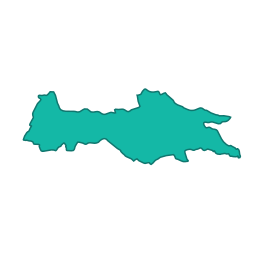 SVG path tracing the border of Sucumbios, rotated 349°
{"feature_id": "ECU-1411", "entity_name": "Sucumbios", "entity_type": "Province", "adm_level": 1, "iso_a3": "ECU", "parent_name": "Ecuador", "parent_adm1": "", "projection": "orthographic", "projection_center": [-76.613, 0.009], "detail": "fine", "context": "isolated", "style": "filled", "palette": "teal", "viewbox_px": 256, "rotation_deg": 349, "n_neighbors": 0, "source": "natural_earth", "source_scale": "10m", "svg_char_len": 5062}
<svg xmlns="http://www.w3.org/2000/svg" viewBox="0 0 256 256"><g transform="rotate(349 128 128)"><path d="M58.7,77.6L61.9,78.4L63.0,82.1L63.5,90.2L64.2,92.8L64.5,95.1L65.3,97.1L67.4,98.7L70.1,99.7L78.3,101.4L79.8,101.9L80.9,102.5L82.1,102.8L83.8,102.8L87.7,101.3L89.0,101.0L90.1,101.3L91.7,101.7L94.7,105.1L96.9,105.8L100.0,105.9L101.0,106.0L102.3,106.5L103.1,107.0L104.8,108.8L106.1,109.7L107.2,110.1L108.4,110.2L113.7,109.4L114.7,109.5L117.5,110.7L118.6,110.7L118.4,107.6L119.4,107.2L122.1,108.0L125.8,108.4L126.9,108.7L128.2,109.6L130.2,111.5L131.7,112.0L132.8,111.8L134.8,110.8L142.5,109.9L143.9,109.0L143.1,103.9L143.3,98.1L143.2,97.6L143.9,97.7L145.6,97.6L146.4,97.5L147.2,97.2L149.1,94.9L149.5,94.5L149.9,94.3L151.3,93.2L152.2,93.0L152.9,93.3L155.1,95.6L156.6,96.6L158.1,97.2L159.8,97.6L161.7,97.7L163.4,97.7L164.2,97.7L164.9,98.0L165.3,98.8L165.8,100.9L166.2,101.5L167.6,101.4L169.5,100.8L171.3,100.6L172.0,101.7L172.4,102.7L177.5,109.2L177.9,110.2L178.3,111.7L179.1,112.9L181.0,114.7L185.7,117.6L186.4,118.7L189.5,120.9L191.7,122.2L192.9,122.7L194.4,123.0L196.2,123.2L197.9,123.0L201.3,122.3L202.7,122.1L204.3,122.6L205.5,123.7L206.5,124.8L207.3,125.3L208.6,125.7L212.3,129.0L216.8,131.8L218.6,132.4L220.1,133.5L224.5,134.3L229.4,136.1L230.8,137.0L229.9,138.1L228.1,139.4L227.1,139.9L226.1,140.2L224.9,140.3L222.2,139.9L221.6,140.0L219.5,141.3L217.5,141.1L212.1,138.2L211.0,138.0L209.9,137.9L208.6,138.1L207.4,137.9L205.9,137.3L204.6,136.9L203.4,137.3L203.0,138.6L203.4,140.4L204.1,141.9L204.8,142.7L205.5,142.8L207.2,142.7L208.0,142.8L208.9,143.4L210.5,144.9L211.5,145.4L213.1,145.9L214.4,146.7L215.2,147.8L217.7,156.6L219.1,159.8L221.4,162.9L222.8,164.2L223.7,164.8L224.5,164.9L225.4,164.8L225.9,165.1L226.2,165.5L229.2,167.9L229.5,168.2L229.9,169.1L230.2,169.5L230.6,169.6L231.3,169.2L231.7,169.3L232.6,170.7L232.8,172.1L232.6,175.2L232.7,175.8L232.8,176.4L232.9,176.9L232.8,177.6L232.1,178.4L230.9,178.4L230.7,178.3L230.5,177.8L230.7,176.9L230.6,176.7L230.3,176.5L229.9,176.7L229.2,176.8L228.3,176.8L225.6,176.1L224.5,175.5L223.7,175.4L223.1,175.2L222.7,174.8L222.4,174.1L222.2,173.3L221.9,172.7L221.6,172.4L220.3,172.4L219.6,172.2L218.8,171.7L217.9,171.4L214.4,171.3L213.9,171.4L213.3,171.4L210.8,170.6L209.9,169.9L209.4,169.4L209.1,168.9L208.9,168.4L208.7,167.6L208.6,167.2L208.3,167.0L207.5,167.4L207.2,167.3L207.0,166.9L206.8,166.4L206.3,166.0L205.4,165.5L203.8,164.7L202.9,164.2L202.1,163.9L201.4,164.0L200.7,164.3L199.6,164.5L198.6,164.6L197.7,164.1L197.2,163.5L196.6,162.4L196.2,161.9L195.5,161.5L194.9,161.4L194.1,161.6L193.3,161.8L192.4,162.0L190.5,162.0L189.9,162.1L189.1,162.4L188.4,162.4L187.6,162.2L186.7,161.6L185.6,161.0L184.1,160.6L181.7,160.6L180.4,160.9L179.5,161.4L179.2,162.2L179.2,163.4L179.9,169.8L180.3,170.7L180.7,171.2L180.8,171.6L180.7,171.9L180.3,172.1L179.4,172.0L177.6,171.9L175.8,171.5L174.1,170.5L170.9,168.2L169.4,167.5L168.9,166.9L168.6,165.1L168.3,164.1L167.8,163.2L167.5,162.8L160.2,162.4L154.2,162.9L153.4,163.2L151.9,164.0L149.3,164.7L148.6,165.0L145.5,167.3L143.7,168.1L142.9,167.4L142.4,166.2L141.1,165.9L138.0,166.0L136.6,165.3L132.5,162.2L130.9,160.0L129.1,160.5L127.3,161.5L126.5,160.4L126.1,159.8L125.4,158.9L121.1,155.9L120.2,155.1L119.8,154.6L119.6,154.1L118.8,152.9L118.1,152.2L116.7,150.0L116.5,149.6L116.5,148.9L116.4,148.6L116.1,148.2L113.7,146.1L105.8,136.7L105.0,135.4L104.5,134.8L103.4,134.1L102.3,133.8L100.3,134.1L99.1,134.6L98.0,135.1L97.1,135.8L96.0,136.4L94.3,136.7L92.4,136.6L88.1,135.3L86.7,135.1L85.4,135.3L84.6,135.7L83.7,135.9L82.8,135.7L80.6,134.1L78.4,133.1L77.2,132.6L76.1,132.3L75.0,133.2L72.9,135.6L72.3,136.5L71.5,138.2L71.0,138.9L70.5,139.3L70.1,139.6L69.2,139.6L67.9,139.5L64.3,138.6L63.6,138.3L63.4,137.9L63.4,137.4L63.5,136.8L63.6,136.4L63.7,136.0L63.6,135.6L63.4,134.9L63.3,134.5L63.4,134.2L63.7,133.7L63.8,133.4L63.7,133.0L63.5,132.7L63.2,132.1L63.0,131.3L62.6,130.7L62.2,130.5L61.2,130.9L60.2,131.6L59.8,131.7L59.5,131.9L59.2,132.2L59.0,132.7L58.5,133.0L57.7,133.3L56.4,133.5L55.6,134.0L53.9,135.7L53.1,136.3L52.6,136.4L51.7,135.9L50.7,135.4L48.6,134.9L40.9,134.7L39.4,134.5L38.4,133.8L37.9,132.3L37.4,129.7L37.4,129.0L37.5,128.6L37.7,128.4L37.8,128.1L37.9,127.8L37.9,127.6L37.1,127.0L33.7,126.2L32.8,125.9L32.4,125.6L32.3,125.4L32.2,124.4L32.0,123.7L31.7,123.3L31.3,123.0L30.2,122.3L29.8,122.1L29.5,122.1L29.2,122.0L28.1,121.6L26.1,120.6L25.9,120.6L25.5,120.7L25.4,120.7L24.4,120.3L23.5,120.0L23.2,119.9L23.1,119.7L23.1,119.4L25.0,116.2L27.7,113.3L28.8,112.6L29.2,112.5L29.6,112.4L29.9,112.2L30.2,112.0L30.6,111.5L32.0,109.5L33.0,108.4L33.3,108.1L33.5,107.9L33.6,107.6L33.4,107.3L33.2,107.2L32.8,107.1L32.6,107.1L32.4,106.9L32.2,106.6L32.2,106.1L32.7,105.1L35.2,102.0L36.9,100.0L37.2,99.0L37.0,98.0L37.0,97.3L37.1,96.0L37.5,95.1L38.2,94.0L43.5,87.2L44.1,86.6L47.0,84.5L47.6,83.9L47.9,83.5L47.8,83.2L47.7,82.8L47.5,82.4L47.1,82.0L46.3,81.4L46.1,81.0L46.0,80.5L46.1,79.7L46.3,79.3L46.6,79.1L47.0,79.0L47.4,79.0L48.1,79.2L49.3,79.6L50.0,79.7L52.1,79.7L52.5,79.8L54.0,80.4L55.3,80.1L58.1,78.0L58.4,77.6L58.7,77.6Z" fill="#14b8a6" stroke="#0f766e" stroke-width="1.5"/></g></svg>